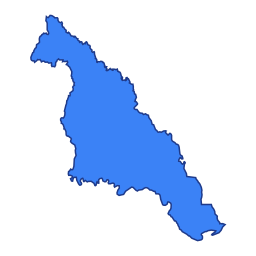 São Sebastião do Uatumã, Amazonas, Brazil
{"feature_id": "56859067B19357724155454", "entity_name": "São Sebastião do Uatumã", "entity_type": "district", "adm_level": 2, "iso_a3": "BRA", "parent_name": "Brazil", "parent_adm1": "Amazonas", "projection": "equal_earth", "projection_center": [-58.621, -1.894], "detail": "fine", "context": "isolated", "style": "filled", "palette": "blue", "viewbox_px": 256, "rotation_deg": 0, "n_neighbors": 0, "source": "geoboundaries", "source_scale": "gbopen_adm2", "svg_char_len": 5669}
<svg xmlns="http://www.w3.org/2000/svg" viewBox="0 0 256 256"><path d="M211.7,234.8L212.6,235.2L219.0,232.7L221.1,230.3L222.7,226.9L225.1,224.6L222.7,223.6L222.1,223.9L220.4,223.4L219.9,223.7L219.4,222.2L217.7,220.2L217.1,218.0L217.3,216.2L215.0,213.9L214.7,211.3L213.7,209.1L212.0,206.8L211.3,204.5L201.5,204.5L201.0,199.4L201.7,197.2L202.0,194.8L201.6,192.1L201.9,190.2L201.3,187.3L200.0,184.3L199.2,183.0L198.4,182.5L198.0,181.4L196.0,178.8L195.7,177.6L186.8,176.5L186.4,173.5L183.9,168.5L184.4,164.3L185.2,162.9L185.1,162.4L184.4,161.7L184.0,161.9L183.6,163.4L182.6,164.1L181.7,163.6L180.3,161.5L178.7,161.2L178.8,159.8L180.1,157.6L180.7,157.5L181.3,158.7L182.0,159.0L182.8,158.8L182.8,158.2L182.1,156.0L180.5,155.0L179.9,153.8L179.1,147.0L178.5,145.2L177.5,144.4L176.3,144.2L174.8,142.5L173.1,141.6L172.0,140.6L171.6,139.4L171.6,135.4L171.2,134.3L170.2,133.4L169.6,133.4L168.3,135.0L167.9,135.0L165.6,132.6L165.7,131.4L166.1,131.0L165.7,130.8L163.6,131.0L161.2,132.3L159.9,131.8L158.7,132.2L157.8,132.0L156.7,130.4L155.5,129.6L153.6,124.7L152.4,124.5L152.1,124.1L151.2,120.7L148.9,117.6L148.4,115.2L146.7,114.7L145.6,113.8L143.4,114.5L142.4,113.3L140.1,113.0L138.7,112.0L137.0,109.5L135.5,109.5L134.2,108.7L134.2,107.6L137.4,104.3L137.5,103.6L136.4,101.9L135.1,101.6L134.8,101.2L135.3,100.9L135.3,99.7L136.4,97.3L135.6,94.3L134.6,94.0L134.1,91.3L133.0,90.8L133.6,89.7L133.3,89.2L133.3,86.5L132.9,84.2L131.7,84.3L129.4,82.9L130.0,82.3L129.9,81.8L128.4,78.8L127.6,78.4L126.9,79.3L126.9,78.7L127.3,77.9L127.0,77.5L126.1,77.8L125.6,80.5L125.3,80.6L124.6,80.0L122.4,80.4L121.7,79.5L121.2,78.1L122.1,77.5L122.4,78.1L122.5,77.4L121.3,76.1L120.5,73.1L119.9,72.2L119.1,72.1L118.8,71.5L117.8,71.3L117.3,69.1L115.9,69.7L115.1,69.3L112.8,69.1L112.4,69.3L112.9,70.2L112.4,70.3L111.0,69.1L110.4,69.3L110.1,68.6L107.7,70.5L106.5,70.6L106.2,70.3L106.4,69.7L106.9,69.5L106.9,68.8L106.1,67.4L106.6,66.8L106.2,66.7L105.2,67.6L104.5,66.8L104.9,65.8L104.5,65.4L104.4,64.3L103.8,62.8L103.3,62.3L102.8,62.5L102.1,61.5L100.7,61.3L99.8,61.8L97.5,61.6L97.3,62.3L96.8,62.1L96.7,59.5L96.3,58.9L95.4,58.6L95.7,58.0L94.5,54.2L94.4,52.1L94.1,51.7L92.7,52.3L91.8,51.5L92.0,50.1L90.9,49.2L90.0,47.8L90.2,46.4L89.8,45.5L88.2,44.9L87.5,44.1L87.5,43.4L86.6,41.9L86.2,41.8L85.9,42.2L85.1,43.7L84.5,43.2L82.9,44.4L82.1,43.3L82.0,42.2L81.5,41.8L80.8,41.7L79.9,42.5L79.6,42.3L79.4,41.1L78.1,40.4L77.7,39.6L77.9,38.8L76.7,38.5L75.2,36.4L74.5,36.3L74.1,37.1L73.2,36.2L71.1,35.9L69.5,33.1L68.5,32.3L68.1,33.1L67.7,33.1L65.9,31.9L66.2,30.8L66.1,30.2L64.9,29.3L63.7,27.3L62.7,27.1L62.7,26.5L62.3,26.2L62.2,25.0L61.8,24.7L62.4,23.8L62.0,22.4L61.7,22.0L60.5,22.7L59.2,22.2L58.0,20.5L57.9,18.6L57.4,17.8L54.7,17.8L54.0,16.9L51.8,15.6L50.1,15.4L48.3,17.6L47.3,17.4L46.4,16.6L45.9,20.8L46.9,22.1L47.2,23.5L47.2,29.9L48.4,32.0L48.7,33.6L48.0,34.5L46.9,34.2L46.2,33.1L44.9,33.6L43.7,33.1L42.8,34.2L41.9,34.6L41.4,35.6L40.3,36.3L39.7,37.1L39.3,38.9L39.5,42.2L38.5,43.4L36.6,44.6L36.2,47.6L35.1,48.4L34.3,49.9L33.8,50.9L33.7,52.1L32.7,52.7L30.9,57.3L31.0,59.2L31.5,60.2L32.7,60.9L34.0,60.7L34.6,62.3L36.8,60.6L37.7,59.5L39.0,59.9L40.0,59.5L40.8,60.5L41.4,61.9L43.0,61.1L44.3,61.3L45.1,62.2L47.6,62.1L48.7,63.1L51.4,62.8L51.7,64.0L51.4,65.0L51.9,66.5L53.3,66.4L54.7,66.8L55.5,65.4L55.7,62.3L56.6,61.6L57.1,60.2L58.6,58.9L59.5,59.9L63.0,59.9L62.6,61.7L63.7,61.3L64.8,61.6L67.3,61.2L67.7,62.4L66.3,64.6L67.9,65.2L68.4,66.2L69.6,67.0L71.8,71.6L71.7,73.8L71.2,76.0L71.9,76.7L71.9,78.5L72.8,78.9L72.9,80.6L73.4,81.9L74.4,82.5L73.9,84.3L74.4,85.3L73.4,86.0L72.7,87.1L73.2,88.5L73.0,90.6L69.9,93.0L70.2,94.4L70.0,95.7L68.6,95.6L68.5,97.2L67.9,98.3L67.6,99.7L66.8,100.7L66.5,103.7L65.9,105.2L64.4,111.2L65.0,112.2L64.8,115.1L64.2,116.8L63.4,118.0L61.8,117.8L61.1,118.2L60.6,119.0L60.7,120.7L61.4,121.7L61.3,123.3L62.4,123.7L63.3,125.0L64.1,127.7L63.9,128.9L64.9,129.1L66.0,131.6L66.2,135.0L67.2,136.1L68.2,136.1L70.7,137.9L71.4,139.0L70.8,140.3L70.6,141.7L71.9,143.1L74.8,145.0L75.8,148.7L75.3,150.1L75.5,152.9L76.1,155.4L74.3,158.9L73.9,166.3L73.2,168.6L72.6,169.6L71.6,169.7L70.7,169.1L69.5,171.0L68.6,171.5L68.3,173.9L68.7,175.3L70.7,175.3L72.4,176.3L72.5,177.4L70.5,178.7L71.5,181.0L72.6,181.2L73.2,178.5L74.2,177.3L76.3,177.3L76.8,180.3L78.6,183.9L79.6,185.1L80.4,185.1L81.2,184.7L81.6,183.9L81.2,182.6L80.4,181.8L80.3,180.4L81.3,178.9L82.4,178.3L82.9,178.4L83.6,181.5L84.0,181.6L85.2,180.4L87.2,181.9L88.5,181.4L91.2,181.3L94.0,183.3L94.9,185.5L95.3,185.7L96.0,185.3L96.8,182.2L97.1,181.7L98.1,183.2L98.8,183.1L98.7,179.7L99.9,178.6L101.8,178.2L102.5,179.1L102.9,180.9L104.7,181.8L105.9,181.7L106.9,179.9L107.9,179.7L108.8,181.0L108.2,182.8L108.6,183.7L110.4,183.8L112.4,183.1L113.7,183.3L114.3,184.1L114.4,185.1L114.1,186.0L114.6,187.1L117.3,185.6L119.2,185.8L119.3,188.1L117.9,190.1L117.0,192.8L117.2,194.2L119.1,195.4L123.6,194.4L125.6,191.2L131.6,187.1L133.1,187.4L136.0,190.3L137.4,191.0L138.6,190.1L142.3,189.6L144.2,188.2L145.8,187.6L147.1,187.8L148.4,188.5L149.8,190.0L151.5,190.1L153.7,191.3L155.0,191.4L155.9,193.8L158.6,193.9L159.5,194.5L160.1,195.5L160.7,199.3L162.7,204.7L163.6,205.2L165.2,205.3L166.2,204.8L167.3,203.9L167.6,202.2L168.0,201.9L169.1,202.1L170.7,203.2L171.2,204.7L171.0,208.2L170.4,209.7L169.4,210.7L168.1,213.5L168.5,214.3L169.3,214.9L170.2,215.0L171.1,216.7L172.1,217.1L174.5,220.9L175.4,220.9L176.3,221.7L176.7,222.9L177.6,223.8L178.2,225.7L179.1,227.1L179.6,229.1L181.4,230.2L182.2,231.6L186.8,234.2L188.7,235.9L189.5,235.9L191.8,238.2L197.6,240.6L201.1,239.9L202.1,239.2L202.5,238.1L202.4,236.1L201.3,234.9L201.3,234.2L201.6,233.6L204.9,231.7L206.6,231.5L207.9,230.7L211.3,230.1L215.8,230.8L215.4,231.8L212.2,234.0L211.7,234.8Z" fill="#3b82f6" stroke="#1e3a8a" stroke-width="1.5"/></svg>